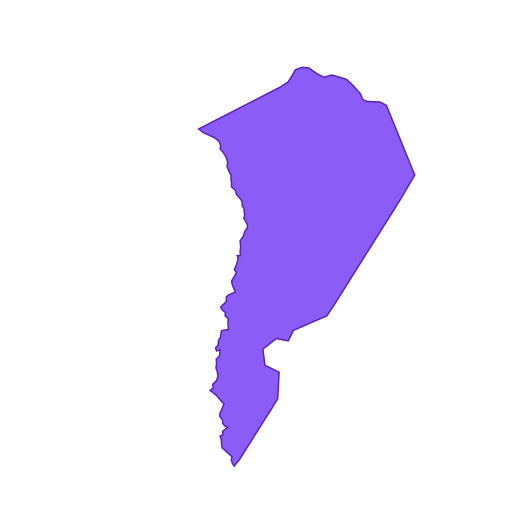 Esperantinópolis, Maranhão, Brazil, rotated 116°
{"feature_id": "56859067B90627563258155", "entity_name": "Esperantinópolis", "entity_type": "district", "adm_level": 2, "iso_a3": "BRA", "parent_name": "Brazil", "parent_adm1": "Maranhão", "projection": "robinson", "projection_center": [-44.82, -4.92], "detail": "fine", "context": "isolated", "style": "filled", "palette": "violet", "viewbox_px": 512, "rotation_deg": 116, "n_neighbors": 0, "source": "geoboundaries", "source_scale": "gbopen_adm2", "svg_char_len": 1988}
<svg xmlns="http://www.w3.org/2000/svg" viewBox="0 0 512 512"><g transform="rotate(116 256 256)"><path d="M454.4,183.5L446.1,181.6L432.5,180.1L426.6,179.4L423.7,179.1L418.8,178.7L414.9,178.2L408.3,177.5L391.0,175.6L387.5,175.1L383.1,174.8L375.1,173.9L370.1,175.9L350.3,184.3L350.3,200.1L340.0,206.8L336.6,209.0L321.3,201.5L318.1,189.8L306.5,189.8L292.8,178.2L278.8,166.1L265.1,164.2L250.6,162.7L245.1,162.1L231.9,160.7L188.4,156.0L182.5,155.4L153.2,152.2L140.6,150.9L113.7,148.8L111.0,151.8L63.4,204.9L63.3,212.5L65.6,217.3L68.6,224.5L68.6,228.8L64.5,233.2L59.4,245.6L57.6,252.3L58.4,258.1L60.2,267.5L65.4,273.0L65.5,276.9L65.5,280.6L63.8,291.0L66.3,297.4L71.3,302.2L79.0,302.7L85.9,303.6L94.0,308.6L102.0,314.6L166.9,363.2L168.2,357.3L168.0,350.9L167.9,345.5L169.0,339.7L172.1,336.3L175.5,335.1L177.4,330.7L179.6,327.1L181.9,324.5L184.7,322.2L188.0,321.5L191.6,317.6L194.2,313.9L197.7,312.3L201.1,310.0L204.5,308.4L206.0,303.4L209.2,300.6L211.1,296.0L213.1,292.3L216.7,290.5L218.9,287.4L221.6,285.9L224.1,284.1L227.5,283.4L229.5,280.4L231.5,277.6L234.5,276.0L238.4,276.9L243.9,276.1L249.5,276.9L254.2,273.9L259.2,272.1L262.3,270.1L263.8,273.0L266.2,270.9L270.7,270.0L274.2,269.6L277.6,269.6L279.5,266.3L284.2,266.5L289.1,267.0L292.1,264.9L294.9,261.7L297.4,258.8L299.9,260.8L302.6,263.3L305.7,264.8L309.6,262.8L313.6,264.0L317.4,265.4L319.5,262.5L320.2,258.6L323.3,257.6L324.5,253.4L327.6,252.3L330.2,250.9L334.1,248.6L336.3,251.6L338.2,254.2L341.4,253.4L344.5,252.3L348.3,252.7L352.6,251.0L356.4,252.1L358.6,249.8L356.1,247.0L362.0,245.0L366.1,246.5L370.4,244.1L374.2,242.9L376.6,240.3L380.6,237.6L385.4,236.9L390.3,238.7L393.2,236.6L397.0,238.3L397.7,234.3L398.7,230.2L401.0,225.4L402.9,220.1L407.9,219.5L413.0,219.5L416.0,218.3L417.9,214.3L421.0,212.6L422.4,209.7L422.4,206.4L428.2,209.1L431.0,207.3L433.8,209.3L436.1,206.8L439.5,204.9L443.2,202.4L444.1,199.2L445.4,195.1L446.9,189.6L450.0,188.9L452.7,186.4L454.4,183.5Z" fill="#8b5cf6" stroke="#5b21b6" stroke-width="1.5"/></g></svg>